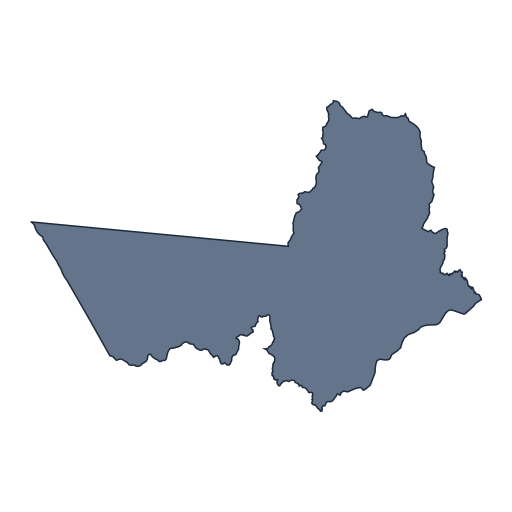 the district of Ituango, Antioquia, Colombia
{"feature_id": "7082276B28262525732127", "entity_name": "Ituango", "entity_type": "district", "adm_level": 2, "iso_a3": "COL", "parent_name": "Colombia", "parent_adm1": "Antioquia", "projection": "robinson", "projection_center": [-75.707, 7.329], "detail": "fine", "context": "isolated", "style": "filled", "palette": "slate", "viewbox_px": 512, "rotation_deg": 0, "n_neighbors": 0, "source": "geoboundaries", "source_scale": "gbopen_adm2", "svg_char_len": 6114}
<svg xmlns="http://www.w3.org/2000/svg" viewBox="0 0 512 512"><path d="M405.5,113.8L403.6,116.2L402.5,115.8L401.1,115.9L399.1,117.1L397.0,117.6L390.4,117.4L389.7,116.6L387.9,116.3L386.9,115.6L384.0,115.9L382.0,114.5L381.9,113.0L380.7,112.2L378.0,112.5L374.2,111.5L372.1,109.3L369.2,110.8L367.6,116.3L366.5,117.2L364.3,116.2L361.0,117.3L359.6,118.6L355.2,117.9L352.6,118.4L349.8,115.3L346.9,113.1L342.6,107.3L340.2,105.5L339.5,103.3L337.5,101.5L333.4,100.7L333.2,102.4L331.8,103.9L331.2,104.0L329.1,105.7L328.5,106.7L326.9,107.1L326.7,109.1L327.6,111.4L328.3,112.1L328.2,113.1L328.9,114.3L328.4,115.9L329.0,120.6L328.4,120.9L327.5,122.9L326.9,123.3L326.2,125.4L325.5,126.3L322.7,127.4L322.6,129.7L323.3,133.1L322.7,134.5L323.0,136.2L322.6,137.3L321.5,138.3L323.2,140.8L323.5,143.7L324.4,144.4L325.3,144.5L326.1,146.9L325.7,147.4L325.5,148.8L324.7,149.6L323.6,150.2L321.3,150.1L319.9,152.5L317.3,155.5L316.3,156.1L319.1,160.2L321.3,161.2L322.1,162.0L318.4,167.7L319.1,171.2L318.5,172.4L316.9,174.1L316.2,175.7L315.8,177.4L316.4,182.1L316.0,184.7L314.5,187.6L312.9,188.3L312.1,189.8L309.6,192.1L307.9,192.3L304.7,191.7L303.1,192.9L299.8,193.4L298.1,194.4L298.8,197.2L297.0,199.7L297.0,203.2L297.5,203.9L299.1,204.2L299.9,205.0L301.7,208.8L299.5,211.5L296.3,212.8L294.7,216.3L293.0,223.2L293.3,225.1L293.2,230.5L293.9,233.1L291.5,236.7L290.2,240.1L288.2,242.4L288.0,244.0L288.3,246.3L30.7,221.9L32.3,222.7L34.2,224.7L35.5,228.7L37.6,232.5L39.5,234.6L42.7,237.0L43.3,239.4L44.3,241.4L45.3,242.3L53.6,256.5L56.6,260.8L58.4,264.7L60.9,268.8L62.6,273.4L64.4,276.8L67.1,280.6L90.4,321.1L109.6,355.3L110.1,355.8L112.8,356.6L116.4,360.3L120.0,359.0L121.9,359.3L127.1,362.4L129.1,364.8L131.1,365.3L134.1,365.0L135.9,366.1L138.2,366.4L140.8,365.4L141.9,364.0L146.3,361.2L147.3,359.2L147.9,355.4L148.6,354.5L150.5,354.3L152.2,356.6L155.0,358.8L158.1,360.2L159.0,361.4L160.4,361.6L162.6,360.5L165.0,360.4L166.2,358.9L167.7,352.7L168.5,350.7L169.6,349.1L170.9,348.3L174.4,348.0L176.1,347.2L177.8,347.1L181.3,345.2L182.4,343.6L184.4,342.2L186.9,341.9L189.7,343.8L193.3,344.3L196.1,348.2L199.7,350.1L201.9,350.3L203.2,349.2L204.0,349.0L207.6,349.6L209.0,351.1L210.5,353.8L212.4,355.6L213.6,357.3L216.1,355.7L217.1,355.7L217.9,356.2L219.8,359.9L220.5,362.6L221.4,363.8L222.7,364.0L224.6,362.7L226.8,364.8L229.0,365.1L230.0,364.1L231.2,361.4L231.7,360.2L231.8,357.6L232.7,356.0L233.2,355.4L235.9,354.5L237.2,351.5L238.5,349.5L238.9,345.3L239.5,343.0L239.3,341.3L238.4,339.5L237.4,338.7L236.0,338.4L236.7,337.0L238.0,336.6L240.3,334.6L244.5,335.4L245.5,335.9L247.4,335.9L251.5,332.7L253.1,332.1L253.0,330.1L251.4,328.5L251.4,327.4L252.7,326.7L255.0,326.4L256.5,322.9L258.1,321.7L257.5,320.0L258.8,315.9L260.1,315.8L260.7,316.6L262.2,317.1L262.9,316.4L265.8,316.3L268.0,314.6L268.7,314.6L269.4,315.5L270.0,317.7L269.6,320.1L271.0,325.8L271.0,329.0L272.2,330.1L273.7,336.8L274.3,337.4L274.6,338.7L273.9,339.9L273.7,341.3L272.9,341.8L271.7,344.8L270.5,346.0L269.1,346.5L267.6,348.7L264.8,348.9L266.7,349.8L269.1,353.6L270.3,353.9L274.2,356.5L274.3,357.3L274.8,358.0L274.5,361.7L273.9,361.9L273.8,362.9L272.8,364.1L273.1,364.9L272.3,368.8L272.9,371.7L272.0,372.7L272.1,375.5L273.1,375.6L273.0,376.3L273.7,377.2L273.8,378.9L275.6,380.0L277.6,379.7L277.0,381.7L277.1,383.2L278.1,385.0L279.1,385.9L279.8,385.7L281.1,383.6L283.8,381.1L284.8,381.2L286.3,380.5L288.6,381.5L291.9,380.0L294.0,380.4L294.7,381.0L295.1,382.4L298.2,383.6L298.3,384.5L299.2,385.2L299.3,386.1L300.7,385.3L301.6,385.5L302.4,387.4L305.0,387.8L305.8,388.4L308.3,391.4L308.4,392.2L309.2,392.6L311.3,392.3L312.6,392.9L312.5,393.8L312.9,394.5L312.1,396.2L312.6,399.2L312.0,399.5L312.4,400.0L312.2,402.0L311.7,402.8L312.4,404.2L314.3,405.0L315.4,405.0L317.7,408.2L319.6,409.7L320.3,411.1L320.8,411.3L321.4,410.3L322.0,410.7L322.2,408.6L321.8,407.8L322.6,406.0L324.6,405.9L325.2,405.1L326.1,402.8L327.2,401.7L330.8,401.6L332.5,400.9L336.2,396.1L337.2,394.0L338.2,393.9L339.4,395.0L340.2,395.1L341.3,392.5L343.7,391.1L347.7,391.9L355.4,388.5L359.5,387.6L361.0,387.7L363.1,390.1L364.0,390.2L364.5,389.4L366.0,388.8L370.3,385.1L375.1,372.3L375.2,368.2L376.0,363.5L377.1,360.5L380.1,359.2L384.5,359.9L387.9,359.8L389.3,359.2L390.3,358.1L391.6,354.7L397.7,350.6L399.0,349.1L400.5,348.0L402.1,342.7L404.2,338.2L408.3,334.5L414.5,332.3L418.4,329.7L420.7,327.2L423.9,325.8L427.8,325.0L435.6,324.8L437.9,324.1L440.0,322.3L445.4,313.4L447.5,311.3L449.4,310.0L452.4,310.2L463.8,314.1L465.1,313.8L473.3,306.4L475.7,303.2L481.3,299.7L481.0,299.3L481.2,298.5L479.2,294.8L475.8,293.7L475.3,293.0L475.4,292.4L474.3,292.6L474.5,291.9L473.5,289.8L473.6,289.3L473.0,289.1L472.9,287.6L472.6,287.5L471.7,288.5L471.6,287.2L470.5,287.9L470.0,287.4L470.1,286.6L468.7,286.2L468.7,285.4L468.1,285.2L467.3,281.1L466.4,279.2L466.1,279.0L465.3,279.6L465.3,278.6L464.7,278.8L464.7,278.1L464.0,278.9L463.5,278.3L463.4,277.5L462.3,277.3L462.0,276.2L461.4,275.9L462.2,275.1L461.7,274.6L462.3,272.4L461.8,272.5L460.8,271.2L460.3,269.9L459.7,269.8L458.4,270.7L458.2,271.6L457.4,272.0L456.9,271.5L455.7,271.9L455.8,271.3L454.7,271.1L453.3,272.7L452.0,273.5L452.1,274.1L451.1,274.0L450.3,274.5L450.0,274.0L449.4,275.2L449.1,274.7L448.4,275.1L448.1,274.3L447.3,274.2L447.1,273.4L444.2,274.8L443.0,273.3L442.5,273.6L442.1,273.1L440.7,273.0L440.2,272.3L440.4,271.2L440.0,269.8L440.5,267.5L442.9,263.2L443.0,260.6L443.9,260.3L444.7,258.2L444.9,254.6L443.8,253.7L445.1,251.5L444.5,250.9L444.5,249.4L446.2,248.1L447.1,246.4L447.1,238.0L448.0,233.2L447.2,231.0L447.1,229.2L445.9,228.5L443.7,228.9L439.6,230.8L435.4,233.6L432.6,232.5L431.1,230.3L429.9,230.5L428.4,231.6L427.8,231.5L421.8,228.3L423.0,226.3L423.6,223.9L427.5,218.2L428.0,216.4L429.4,213.9L429.6,212.5L429.1,209.8L429.5,207.0L429.2,204.0L431.8,201.6L434.0,194.7L433.9,194.2L433.1,193.6L432.6,191.0L433.7,187.1L431.7,181.6L432.9,177.2L433.1,173.4L434.4,167.3L432.2,166.5L427.9,163.7L426.8,162.5L426.3,157.3L425.9,156.0L424.6,153.9L424.2,151.6L421.9,149.8L421.1,143.6L421.4,141.1L420.0,137.0L420.1,131.9L419.8,131.1L418.3,128.4L416.3,126.1L412.5,123.3L409.1,121.3L408.1,118.2L406.5,117.1L405.5,113.8Z" fill="#64748b" stroke="#1e293b" stroke-width="1.5"/></svg>